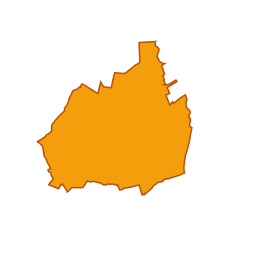 the district of Varsolt, Salaj, Romania, rotated 120°
{"feature_id": "2599482B93915218658346", "entity_name": "Varsolt", "entity_type": "district", "adm_level": 2, "iso_a3": "ROU", "parent_name": "Romania", "parent_adm1": "Salaj", "projection": "robinson", "projection_center": [22.94, 47.205], "detail": "fine", "context": "isolated", "style": "filled", "palette": "amber", "viewbox_px": 256, "rotation_deg": 120, "n_neighbors": 0, "source": "geoboundaries", "source_scale": "gbopen_adm2", "svg_char_len": 5796}
<svg xmlns="http://www.w3.org/2000/svg" viewBox="0 0 256 256"><g transform="rotate(120 128 128)"><path d="M216.8,168.2L215.9,162.1L215.7,160.9L215.7,160.3L215.6,159.9L215.5,159.5L215.4,158.9L215.4,158.4L215.3,157.8L213.9,157.8L210.9,157.5L210.8,157.4L210.7,157.6L209.2,157.0L209.5,156.4L209.7,155.7L210.1,155.2L210.4,154.5L210.6,154.2L210.8,153.7L211.1,153.0L212.9,149.7L213.2,149.2L213.5,148.9L213.7,148.7L212.2,148.0L211.0,147.6L209.7,147.2L207.6,146.7L207.3,146.4L206.8,145.4L206.4,144.3L204.6,141.5L204.3,140.7L204.1,140.3L203.9,139.9L202.0,137.2L201.1,137.2L199.9,137.1L199.4,137.1L198.5,136.9L198.1,136.9L197.1,136.9L195.6,136.8L194.4,136.8L194.0,135.5L193.7,134.4L193.5,133.8L193.0,132.9L192.7,132.3L192.3,131.9L191.2,131.0L191.0,130.0L191.0,129.5L190.8,128.9L190.6,128.2L190.2,127.0L190.2,126.6L189.7,125.5L189.5,124.9L189.5,124.6L189.5,123.8L189.6,123.2L189.4,122.5L189.3,121.9L189.4,121.5L189.3,120.4L189.1,119.9L188.8,119.4L187.9,118.5L187.4,118.1L187.2,117.9L186.4,117.1L186.1,116.6L186.0,115.8L185.8,115.3L184.5,114.1L184.3,113.5L184.2,112.9L183.9,112.1L183.6,111.4L183.6,110.3L183.3,109.6L183.0,109.2L182.5,108.9L185.8,104.2L184.5,102.8L184.1,102.1L183.8,101.8L182.8,101.5L182.1,101.3L181.8,101.1L181.2,100.3L180.7,99.4L179.1,97.5L178.2,96.4L176.4,94.6L175.3,93.5L174.5,92.6L173.3,91.6L171.9,90.0L172.6,89.4L173.3,88.5L174.4,87.2L176.4,85.1L177.3,84.0L178.6,82.7L178.9,82.3L176.8,81.1L177.6,80.6L177.4,80.4L177.1,80.2L176.2,80.0L175.3,79.8L171.9,78.4L170.4,77.9L169.3,77.6L168.4,77.3L167.6,77.2L165.5,77.1L165.2,77.0L164.2,76.5L163.4,76.2L162.6,75.8L162.0,75.6L160.2,74.9L159.6,74.3L158.7,73.0L157.8,72.3L157.4,71.8L157.3,71.4L157.1,71.3L155.6,71.3L155.1,71.1L154.5,70.7L153.8,70.4L153.2,69.9L152.7,69.3L152.4,68.6L152.0,67.9L151.5,67.4L151.2,67.3L150.7,66.9L148.8,65.1L146.1,62.6L145.0,61.6L144.1,60.7L143.4,60.1L142.7,59.5L141.9,58.9L140.7,58.1L138.8,56.7L138.6,56.5L137.5,57.5L136.8,58.2L135.3,59.2L134.7,59.6L133.6,60.2L133.1,60.5L132.2,60.9L131.0,61.2L129.9,61.9L127.8,62.8L126.2,63.3L124.8,63.8L124.0,64.2L123.1,64.6L122.1,64.7L121.1,65.0L120.7,65.0L119.8,65.3L117.8,65.6L117.0,66.0L116.1,66.1L115.2,66.4L112.8,67.0L112.2,67.3L110.7,67.6L98.7,71.9L96.7,72.5L95.9,72.8L96.0,73.0L95.6,74.5L95.6,75.2L95.7,75.8L92.8,76.9L90.6,77.5L89.9,77.9L89.3,78.3L88.6,78.8L88.5,79.2L88.5,79.8L88.3,80.2L88.2,80.6L87.9,81.1L87.5,81.2L87.1,81.2L86.6,81.2L86.0,81.4L84.8,81.6L83.3,81.9L82.6,82.6L82.2,83.2L81.4,85.9L81.1,87.5L80.8,87.8L80.5,88.0L80.2,88.4L79.9,88.6L79.5,88.8L79.2,89.0L78.8,89.4L77.7,89.9L76.5,90.7L76.1,90.9L75.1,91.1L74.7,91.1L74.1,90.9L72.8,92.5L72.2,93.1L71.7,93.6L70.6,94.9L74.2,96.9L75.3,97.4L77.8,98.6L78.3,98.7L78.6,98.7L78.9,98.8L79.2,99.1L81.9,100.1L82.2,100.2L82.6,100.5L83.2,100.7L83.8,100.9L84.0,101.0L84.0,101.3L83.8,101.6L83.2,102.1L83.0,102.6L83.6,102.6L85.8,102.8L87.1,103.2L87.0,103.4L86.7,103.7L82.5,109.2L81.8,110.2L81.5,110.5L81.3,110.8L80.6,111.7L80.4,111.4L80.2,111.2L79.9,111.0L79.2,110.6L78.6,110.2L78.2,110.0L77.5,109.3L77.3,109.2L74.7,112.6L73.5,114.4L69.1,112.0L63.4,108.9L62.5,110.5L65.6,112.2L67.7,113.3L69.0,114.0L70.3,115.1L71.4,116.5L72.1,117.6L72.3,118.1L72.4,118.3L71.3,117.6L70.1,119.3L68.9,120.9L68.7,120.7L68.3,120.6L68.1,120.6L67.8,120.8L67.1,121.8L66.5,122.5L66.2,123.0L65.4,124.1L63.4,123.1L60.1,126.6L57.2,130.1L56.0,129.5L54.6,128.9L53.9,128.5L54.4,129.8L54.8,130.8L54.8,131.1L54.6,133.3L54.5,134.4L54.2,134.9L53.7,135.4L53.2,135.7L52.8,136.4L52.4,137.0L52.3,137.4L52.0,137.8L51.5,138.5L51.3,138.7L50.9,138.8L50.1,139.0L48.0,139.3L47.0,139.6L45.2,140.1L44.6,140.5L44.0,140.9L43.8,141.1L43.7,141.6L43.5,142.3L43.1,144.0L43.0,144.7L43.0,145.3L42.9,145.9L41.0,146.7L39.5,147.3L39.2,147.4L39.9,148.2L40.2,148.7L43.3,153.4L43.6,153.7L45.2,156.3L45.3,156.7L46.0,157.6L46.7,158.4L47.1,159.2L47.6,160.2L48.0,160.5L48.6,161.0L50.9,159.6L56.5,156.1L59.8,153.9L62.0,152.5L65.4,150.5L65.5,150.6L67.5,151.6L68.9,152.5L70.0,153.0L70.2,153.3L72.7,154.1L82.1,157.8L83.9,160.8L86.7,167.2L95.0,164.8L101.4,162.6L104.6,169.7L101.8,174.7L113.2,171.3L112.6,189.4L112.9,189.6L113.2,189.6L113.4,189.8L113.5,190.0L113.8,190.0L114.2,190.0L115.0,190.0L115.3,190.1L115.5,190.2L115.8,190.1L116.1,189.9L116.3,189.5L116.6,190.0L116.9,190.3L117.5,190.8L118.7,191.2L119.2,191.4L119.6,191.5L120.6,192.1L121.0,192.6L121.3,192.8L122.1,193.4L122.5,193.7L123.3,194.2L123.6,194.3L124.6,194.2L124.8,194.3L125.7,194.2L126.6,193.9L127.5,193.8L128.1,193.8L128.7,193.8L129.4,193.9L130.0,193.9L130.7,193.8L131.3,193.7L132.1,193.7L132.3,193.6L132.5,193.4L133.2,193.1L133.6,193.1L133.9,193.1L134.4,193.0L135.4,192.7L135.8,192.7L138.1,192.4L140.0,192.5L140.7,192.6L141.7,192.7L142.5,192.8L143.0,192.7L143.6,192.4L144.2,192.1L144.8,191.6L151.7,193.5L156.0,194.5L158.0,194.9L162.6,195.5L164.2,195.2L165.4,194.6L166.3,194.1L167.1,193.5L167.9,193.1L169.0,192.8L169.5,192.7L170.4,193.0L171.7,193.6L172.5,193.8L173.0,194.0L173.8,194.7L174.3,195.0L175.0,195.2L175.6,195.3L176.6,195.3L177.5,195.5L178.3,196.1L178.6,196.3L179.1,196.4L180.3,197.0L180.7,197.1L182.3,197.8L182.6,198.2L183.1,198.6L183.4,198.6L183.7,199.0L184.2,199.3L184.6,199.3L185.3,199.5L185.4,199.1L185.3,198.6L185.3,198.1L185.3,197.7L185.3,197.2L185.4,196.9L185.5,196.5L186.0,194.7L185.9,194.5L185.8,194.1L186.0,193.5L186.9,192.7L187.2,192.3L187.5,191.9L188.0,191.5L188.4,191.3L188.8,190.8L189.4,190.4L190.0,189.9L191.1,189.0L191.3,188.7L191.9,188.4L192.3,188.4L192.8,188.0L193.9,186.6L194.7,185.9L194.8,185.3L195.0,184.9L195.6,183.7L196.2,182.9L197.4,181.7L198.6,179.9L200.0,177.5L202.0,174.7L202.6,175.1L204.0,176.4L204.9,175.4L205.2,175.3L205.6,175.0L205.4,174.8L205.4,174.5L205.3,173.2L205.4,172.6L205.8,172.0L206.7,171.4L207.1,171.1L207.4,170.8L208.0,169.6L208.5,169.0L209.2,167.9L209.5,167.2L212.0,167.7L213.4,168.0L214.8,168.3L215.8,168.3L216.8,168.2Z" fill="#f59e0b" stroke="#b45309" stroke-width="1.5"/></g></svg>